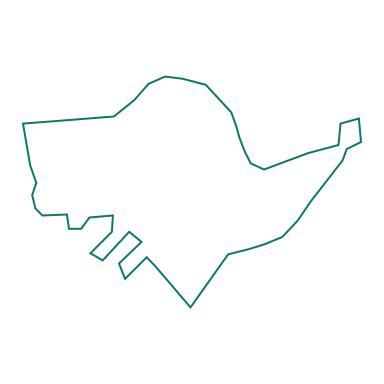 Jung-gu [Central District], Busan, South Korea (Mercator projection), rotated 90°
{"feature_id": "91817680B85909931268472", "entity_name": "Jung-gu [Central District]", "entity_type": "district", "adm_level": 2, "iso_a3": "KOR", "parent_name": "South Korea", "parent_adm1": "Busan", "projection": "mercator", "projection_center": [129.035, 35.112], "detail": "fine", "context": "isolated", "style": "outline", "palette": "teal", "viewbox_px": 384, "rotation_deg": 90, "n_neighbors": 0, "source": "geoboundaries", "source_scale": "gbopen_adm2", "svg_char_len": 728}
<svg xmlns="http://www.w3.org/2000/svg" viewBox="0 0 384 384"><g transform="rotate(90 192 192)"><path d="M123.6,361.0L124.2,360.9L165.5,353.8L182.8,347.7L195.1,351.8L208.3,348.7L215.5,341.6L214.5,317.1L228.8,315.0L228.8,302.8L217.5,294.6L215.5,271.1L231.8,272.1L253.3,293.6L260.4,281.3L231.8,254.8L242.0,242.5L263.5,265.0L278.8,258.9L257.3,237.4L265.5,229.3L307.4,193.5L254.3,155.8L249.2,135.3L244.1,119.0L236.9,101.6L220.6,86.3L201.2,73.1L160.4,41.4L149.1,37.3L142.0,23.0L118.5,25.1L123.6,43.5L145.0,45.5L153.2,76.1L169.5,120.0L163.4,133.3L151.2,139.4L137.9,144.5L126.7,147.6L112.4,152.7L84.8,178.2L78.7,201.7L76.6,219.1L83.8,235.4L100.1,249.7L116.5,270.1L123.6,361.0Z" fill="none" stroke="#0f766e" stroke-width="2"/></g></svg>